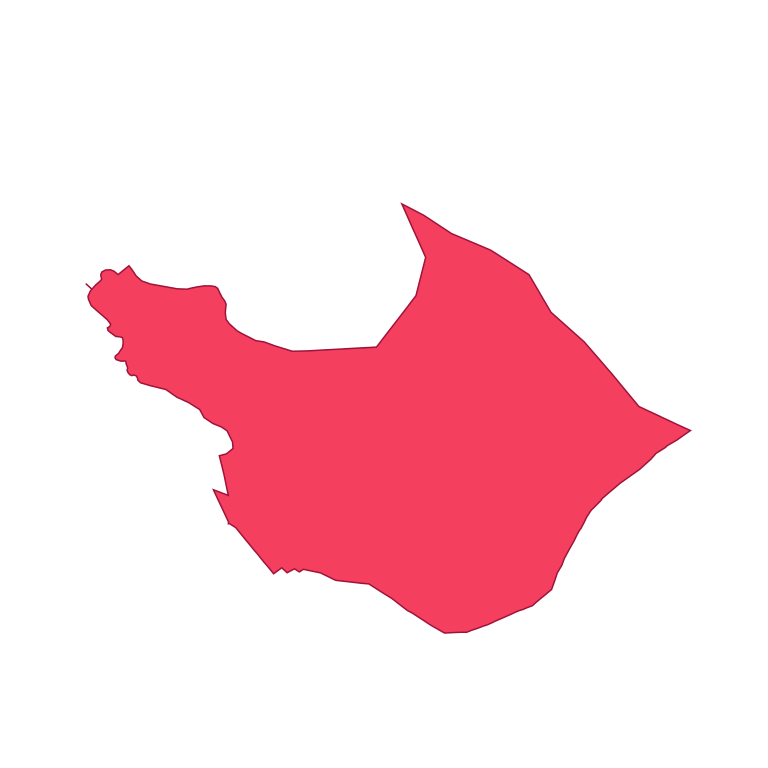 Bahr Al Arab, Eastern Darfur, Sudan (Robinson projection), rotated 321°
{"feature_id": "16777658B76242579856769", "entity_name": "Bahr Al Arab", "entity_type": "district", "adm_level": 2, "iso_a3": "SDN", "parent_name": "Sudan", "parent_adm1": "Eastern Darfur", "projection": "robinson", "projection_center": [26.432, 10.41], "detail": "fine", "context": "isolated", "style": "filled", "palette": "rose", "viewbox_px": 768, "rotation_deg": 321, "n_neighbors": 0, "source": "geoboundaries", "source_scale": "gbopen_adm2", "svg_char_len": 3291}
<svg xmlns="http://www.w3.org/2000/svg" viewBox="0 0 768 768"><g transform="rotate(321 384 384)"><path d="M260.2,131.6L259.7,131.6L256.5,131.6L246.2,131.6L245.2,126.5L243.4,123.2L239.2,120.1L235.2,119.4L235.1,119.5L232.9,120.6L231.8,122.2L230.5,124.9L229.3,125.2L227.4,125.4L222.3,125.6L216.7,126.5L215.4,118.3L216.6,126.5L214.4,126.9L211.3,128.5L209.2,129.5L207.7,132.0L205.8,138.8L207.0,146.3L208.2,152.9L209.4,160.1L209.2,165.6L207.0,166.7L206.6,166.7L204.3,166.3L203.2,168.8L203.7,171.4L205.5,178.3L208.7,181.4L209.9,183.4L208.9,185.6L206.7,188.4L206.4,188.7L203.6,191.1L200.3,192.0L196.9,193.2L196.4,193.2L192.9,193.2L191.5,194.3L191.2,196.5L193.8,200.5L196.0,202.3L197.2,202.7L197.4,204.6L196.3,205.9L195.6,208.4L194.8,210.3L192.9,211.7L192.2,214.3L192.3,216.9L193.4,218.9L195.2,219.5L196.6,221.9L196.2,224.1L196.0,224.4L195.1,226.3L195.2,226.9L195.5,229.1L195.6,229.9L197.4,232.5L201.3,238.2L210.1,249.8L211.0,250.9L212.3,255.4L213.1,258.3L214.3,262.4L214.8,264.1L220.1,274.7L220.3,275.0L221.3,277.9L224.7,287.9L223.0,296.8L225.0,303.2L226.1,306.9L230.6,315.1L232.6,321.6L229.8,333.7L226.1,339.1L225.6,339.1L217.5,339.1L210.9,336.1L210.8,336.3L206.5,345.6L202.3,354.4L195.9,366.7L192.9,372.6L184.9,358.8L184.7,359.4L176.4,393.2L175.1,394.7L176.0,395.2L178.4,402.3L178.4,409.3L178.4,416.5L178.5,425.1L178.5,431.7L178.7,436.9L178.6,442.3L178.6,447.5L178.7,449.8L178.8,451.2L178.8,455.1L178.8,462.0L188.9,462.5L189.9,469.7L198.1,471.3L200.0,476.8L204.8,477.3L208.2,481.6L210.1,483.9L212.8,487.2L213.9,488.5L215.9,491.0L216.9,493.3L217.6,494.7L217.8,495.2L218.8,497.3L219.4,498.5L220.5,501.0L221.9,504.1L223.1,506.4L232.3,515.7L237.0,520.5L241.5,525.1L246.4,529.8L250.7,542.8L251.9,546.4L255.1,555.5L259.6,574.7L261.6,579.2L265.8,592.1L268.3,600.1L270.5,605.9L271.1,607.2L271.6,608.7L274.3,615.6L279.9,619.7L284.0,622.7L287.1,625.0L291.9,628.9L297.3,630.6L301.4,632.2L304.7,633.3L308.7,634.6L312.8,636.2L317.2,637.4L320.8,638.2L327.6,640.1L333.8,641.8L337.8,642.9L342.6,644.0L346.4,645.2L349.9,646.6L354.5,647.9L359.8,649.7L361.5,649.6L364.2,649.4L370.3,649.3L376.9,649.3L380.9,649.2L384.8,649.2L392.9,644.3L399.7,639.9L408.1,636.8L412.3,634.3L414.4,633.1L423.9,629.1L433.3,625.4L439.6,622.4L444.3,620.6L446.2,620.2L448.9,619.0L451.8,617.8L457.5,615.1L465.4,612.5L478.7,611.1L481.8,610.3L491.7,610.0L505.2,609.7L529.1,611.2L544.2,610.4L551.9,609.1L562.6,610.4L565.6,610.2L576.5,611.9L583.5,612.3L592.9,613.0L590.2,607.7L588.3,603.9L585.9,599.0L570.1,566.4L569.1,564.3L567.9,561.9L567.5,521.6L567.4,516.8L567.3,514.8L567.0,504.5L566.1,477.3L558.9,433.4L560.0,426.3L561.5,416.2L565.5,390.3L557.9,367.4L551.2,347.3L531.1,309.5L521.3,278.7L520.8,277.3L518.1,271.1L511.2,255.3L504.8,279.0L499.8,298.0L496.1,311.7L496.1,311.8L482.7,321.8L464.4,335.5L455.9,337.5L451.7,338.6L415.8,347.1L401.4,350.6L361.6,321.8L345.6,310.3L333.3,300.8L322.8,285.1L321.9,283.5L317.2,275.7L311.6,269.6L308.4,262.3L305.3,255.5L303.3,250.2L301.7,239.8L301.9,234.5L305.4,228.9L306.1,228.1L311.5,222.6L312.5,219.1L312.7,214.5L313.8,209.6L314.9,205.0L314.8,204.7L314.2,202.2L312.7,200.5L311.1,198.7L306.2,194.7L300.5,191.3L298.3,190.1L297.7,189.8L293.6,187.7L290.8,186.5L283.2,179.9L265.4,159.3L260.6,151.5L259.4,144.0L259.9,139.0L260.1,136.6L260.2,131.6Z" fill="#f43f5e" stroke="#9f1239" stroke-width="1.5"/></g></svg>